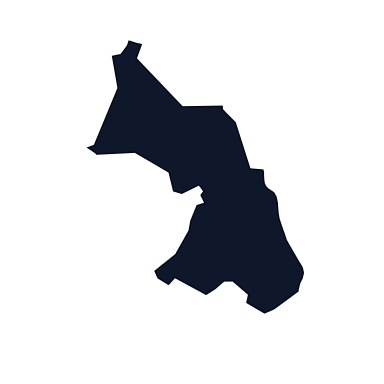 Maynard Hill, Castries, Saint Lucia (Mercator projection), rotated 306°
{"feature_id": "8701671B31339536458012", "entity_name": "Maynard Hill", "entity_type": "district", "adm_level": 2, "iso_a3": "LCA", "parent_name": "Saint Lucia", "parent_adm1": "Castries", "projection": "mercator", "projection_center": [-60.99, 14.003], "detail": "fine", "context": "isolated", "style": "filled", "palette": "ink", "viewbox_px": 384, "rotation_deg": 306, "n_neighbors": 0, "source": "geoboundaries", "source_scale": "gbopen_adm2", "svg_char_len": 1094}
<svg xmlns="http://www.w3.org/2000/svg" viewBox="0 0 384 384"><g transform="rotate(306 192 192)"><path d="M279.0,166.0L255.1,134.2L267.1,68.3L281.4,64.2L279.3,59.5L277.0,52.5L272.7,53.9L261.4,53.9L255.1,48.1L232.7,71.2L172.3,85.7L166.8,82.0L167.1,90.6L166.8,92.9L167.3,93.3L190.8,122.5L194.7,161.8L182.2,176.5L185.0,184.4L202.1,193.4L199.7,201.3L194.8,201.3L190.6,209.2L184.0,204.2L167.9,208.2L159.1,212.5L131.9,215.7L106.3,208.7L102.6,215.2L103.6,227.2L112.9,228.2L117.6,263.5L127.2,267.3L138.8,270.0L144.2,277.2L142.5,298.1L134.9,301.5L136.9,321.7L145.8,326.9L152.1,328.9L174.1,335.9L175.5,335.0L181.8,332.5L186.8,331.7L191.5,329.8L192.5,329.0L194.8,326.4L196.3,324.0L196.9,322.3L198.8,317.8L200.0,315.1L202.2,310.1L205.7,302.3L208.4,296.4L212.0,291.5L213.9,288.6L218.3,282.3L221.7,277.7L225.4,274.0L231.4,268.8L233.6,267.0L237.4,262.7L239.2,258.8L239.3,256.4L239.1,253.7L239.1,250.8L239.7,248.3L241.2,245.4L244.2,242.5L247.3,240.0L250.1,237.9L251.3,236.4L244.6,225.3L273.4,186.2L273.8,184.0L275.5,173.2L276.6,167.8L279.0,166.0Z" fill="#0f172a" stroke="#020617" stroke-width="1.5"/></g></svg>